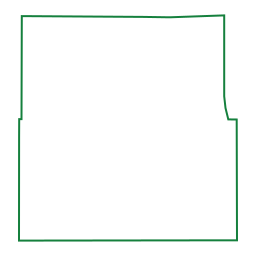 Morrill, Nebraska, United States of America
{"feature_id": "52423323B72555091865360", "entity_name": "Morrill", "entity_type": "district", "adm_level": 2, "iso_a3": "USA", "parent_name": "United States of America", "parent_adm1": "Nebraska", "projection": "orthographic", "projection_center": [-102.933, 41.721], "detail": "fine", "context": "isolated", "style": "outline", "palette": "green", "viewbox_px": 256, "rotation_deg": 0, "n_neighbors": 0, "source": "geoboundaries", "source_scale": "gbopen_adm2", "svg_char_len": 295}
<svg xmlns="http://www.w3.org/2000/svg" viewBox="0 0 256 256"><path d="M224.2,15.4L218.2,15.6L169.7,17.3L143.1,16.9L21.8,16.1L21.5,119.1L19.2,119.1L19.1,136.7L19.0,240.6L237.0,240.3L236.7,119.5L228.3,119.4L225.5,108.0L224.2,96.3L224.2,15.4Z" fill="none" stroke="#15803d" stroke-width="2"/></svg>